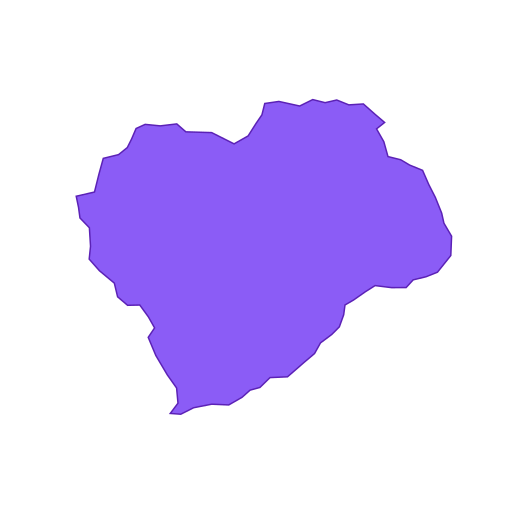 Torre de Pedra, São Paulo, Brazil (Mercator projection), rotated 104°
{"feature_id": "56859067B31349975422395", "entity_name": "Torre de Pedra", "entity_type": "district", "adm_level": 2, "iso_a3": "BRA", "parent_name": "Brazil", "parent_adm1": "São Paulo", "projection": "mercator", "projection_center": [-48.213, -23.25], "detail": "fine", "context": "isolated", "style": "filled", "palette": "violet", "viewbox_px": 512, "rotation_deg": 104, "n_neighbors": 0, "source": "geoboundaries", "source_scale": "gbopen_adm2", "svg_char_len": 1139}
<svg xmlns="http://www.w3.org/2000/svg" viewBox="0 0 512 512"><g transform="rotate(104 256 256)"><path d="M147.0,364.8L152.9,380.4L155.1,395.4L161.3,403.2L172.5,405.0L181.9,407.1L190.9,413.9L198.2,427.8L214.6,428.2L233.0,428.2L241.5,444.9L251.9,439.9L261.7,436.0L268.9,424.5L286.6,418.9L299.4,417.1L308.2,404.3L316.6,386.9L329.1,380.4L334.9,368.7L331.7,356.9L341.1,345.7L350.3,337.0L361.0,340.9L376.8,329.1L392.8,313.3L403.3,301.1L417.7,296.1L429.5,301.1L427.7,290.7L418.3,279.8L410.5,263.1L407.1,246.4L396.4,235.3L387.6,229.3L382.6,220.4L370.6,213.0L365.6,196.2L347.3,183.4L336.5,175.6L324.7,172.4L313.8,163.5L304.6,158.0L291.8,156.7L282.0,157.8L275.1,150.7L264.3,141.3L255.9,133.3L253.9,116.8L250.3,102.7L241.1,97.7L235.0,86.0L227.8,76.0L208.4,67.1L189.5,71.0L178.7,81.6L169.5,86.2L155.7,96.2L144.8,105.7L132.6,115.1L130.6,128.9L127.6,138.9L127.6,152.0L114.2,159.6L103.5,169.8L95.3,163.5L89.5,175.2L82.5,188.6L86.9,202.5L85.1,215.4L90.5,226.0L90.5,238.8L99.9,249.9L100.5,271.2L105.9,284.4L117.6,284.4L127.0,287.9L141.4,292.7L152.5,304.4L147.0,328.9L152.5,354.1L147.0,364.8Z" fill="#8b5cf6" stroke="#5b21b6" stroke-width="1.5"/></g></svg>